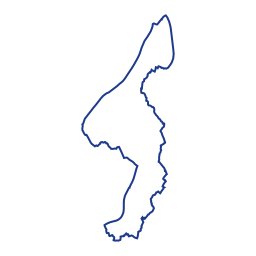 Ibadan North East, Oyo, Nigeria
{"feature_id": "59680162B74859155842016", "entity_name": "Ibadan North East", "entity_type": "district", "adm_level": 2, "iso_a3": "NGA", "parent_name": "Nigeria", "parent_adm1": "Oyo", "projection": "equal_earth", "projection_center": [3.928, 7.378], "detail": "fine", "context": "isolated", "style": "outline", "palette": "blue", "viewbox_px": 256, "rotation_deg": 0, "n_neighbors": 0, "source": "geoboundaries", "source_scale": "gbopen_adm2", "svg_char_len": 5858}
<svg xmlns="http://www.w3.org/2000/svg" viewBox="0 0 256 256"><path d="M165.8,15.4L165.4,15.5L165.1,15.6L163.3,16.9L162.1,18.7L161.8,19.4L161.6,19.3L161.4,19.2L157.3,24.4L156.3,24.4L155.0,23.9L154.3,23.6L154.1,23.5L153.7,23.5L153.2,23.7L152.8,24.0L152.5,26.6L151.7,28.8L150.7,31.4L147.6,36.5L144.9,40.4L144.5,41.0L141.6,47.8L139.8,53.4L139.3,54.6L137.8,57.8L136.5,60.2L135.7,61.5L135.2,62.5L133.6,65.3L131.4,68.8L127.5,74.6L125.1,78.3L122.9,81.1L121.9,81.9L121.1,82.7L120.7,82.9L119.0,84.3L117.2,86.0L108.8,92.4L106.4,93.4L103.2,95.8L101.0,98.2L96.3,104.3L93.7,107.4L90.0,112.2L87.8,114.9L87.8,115.0L84.8,118.8L83.3,123.3L83.0,123.9L82.4,124.4L82.6,124.8L82.7,126.1L82.4,128.0L82.3,128.9L82.4,130.0L82.6,130.6L83.3,131.6L83.6,132.6L84.5,134.0L85.0,134.7L85.4,135.0L85.8,135.0L86.5,134.9L87.7,136.8L88.2,137.8L90.8,142.7L91.4,143.4L91.9,144.0L94.9,146.3L95.5,145.8L96.6,145.5L97.2,146.0L97.8,145.9L98.7,144.9L100.3,143.6L100.2,143.0L101.0,142.2L102.5,142.1L103.1,142.6L104.1,142.5L104.7,142.0L105.5,142.2L105.9,142.9L106.3,143.4L106.9,143.2L107.8,144.1L108.2,145.3L108.8,146.5L109.9,147.3L111.2,148.9L113.1,148.9L114.8,148.5L116.3,148.8L117.1,147.3L119.0,146.9L119.6,148.1L121.2,151.5L123.3,156.2L124.0,158.0L125.5,157.7L126.9,157.6L127.4,157.9L129.4,159.7L132.8,161.8L134.0,162.9L134.5,163.6L135.2,164.3L136.0,165.0L137.4,165.9L136.4,168.8L134.7,174.9L133.6,178.6L132.2,182.0L131.1,184.0L129.7,187.0L129.6,187.7L129.0,187.8L125.5,194.6L124.9,196.0L124.2,198.9L123.9,200.6L123.8,202.8L123.8,208.6L123.6,211.0L123.3,212.8L122.7,214.3L122.0,215.8L121.1,217.3L119.8,218.6L118.1,219.8L116.1,220.7L113.6,221.3L110.9,222.0L108.9,222.7L106.4,223.9L104.5,225.1L104.6,225.7L104.9,226.4L105.4,227.6L105.8,228.5L106.2,229.0L106.4,229.4L106.5,229.7L106.4,229.9L106.2,230.7L106.2,231.0L106.4,231.4L106.5,232.1L106.8,233.0L108.1,233.1L108.5,233.0L109.2,235.0L109.2,235.4L109.5,236.0L110.3,235.9L111.3,235.6L112.0,235.1L112.4,235.1L112.7,235.9L113.2,236.4L113.9,236.8L114.2,237.4L114.2,238.1L114.0,239.2L113.9,239.5L113.6,239.8L113.5,240.1L114.2,240.5L115.0,240.6L116.6,240.5L118.5,240.6L119.1,240.4L120.2,240.0L120.3,239.9L120.5,239.1L120.6,237.7L120.6,236.6L122.1,236.2L122.8,236.3L123.3,236.3L123.7,236.2L124.1,236.0L124.0,235.5L124.1,235.3L124.8,235.0L125.0,234.8L125.8,233.8L126.2,233.4L126.4,233.4L126.5,233.6L126.9,234.5L127.1,234.7L128.0,234.2L128.2,234.3L128.3,234.5L128.7,236.1L128.8,236.3L129.1,236.3L129.7,236.1L131.1,235.6L131.5,235.5L131.8,235.6L132.2,235.7L133.0,236.1L133.6,236.7L134.3,237.3L136.0,238.0L137.1,238.3L137.5,237.1L137.8,235.9L138.0,234.6L138.3,232.0L138.6,232.0L138.8,231.5L139.0,231.3L139.8,231.1L140.7,230.6L140.7,229.3L140.8,228.8L141.1,228.5L141.3,228.0L141.5,227.9L141.6,227.4L141.7,226.7L141.4,226.3L141.5,226.0L143.3,222.1L142.9,221.1L141.5,218.6L142.5,217.2L143.5,218.7L144.2,218.0L144.7,218.8L144.9,218.7L145.9,217.5L146.9,216.3L148.0,214.6L148.5,214.6L149.0,214.2L149.7,213.2L152.4,211.4L153.0,210.3L153.8,208.5L153.9,208.1L153.1,206.5L152.8,206.1L152.4,205.9L152.2,205.7L152.1,205.1L151.7,204.6L151.6,204.2L151.8,203.6L151.7,203.3L151.4,202.6L151.2,202.5L151.1,202.1L151.1,201.8L151.2,201.2L151.2,200.9L150.8,199.7L150.9,198.8L150.9,198.7L151.2,198.5L151.6,197.8L152.2,197.0L152.5,196.6L152.5,196.2L152.6,195.9L153.0,195.4L153.3,195.2L154.1,195.1L154.6,194.7L155.0,194.7L155.4,194.3L156.3,192.4L157.4,192.1L158.0,191.6L158.3,191.5L158.9,192.3L159.1,192.3L159.5,192.6L160.2,193.3L160.3,193.2L161.6,191.0L162.7,189.6L164.0,187.5L164.2,187.4L162.6,186.5L162.8,186.1L163.4,184.5L163.8,183.9L164.6,182.7L165.3,181.9L165.8,181.3L165.3,180.5L165.1,180.7L164.9,180.6L163.2,178.9L163.7,177.7L164.6,176.5L165.5,175.4L166.8,174.1L166.4,173.2L165.5,170.7L165.0,170.9L164.6,168.9L164.0,167.7L163.6,167.3L162.9,166.5L159.6,162.4L159.4,162.1L158.7,161.9L158.7,161.6L158.8,160.8L159.2,159.8L159.2,159.1L159.1,158.0L159.1,157.3L159.3,155.9L159.5,155.2L159.4,154.2L159.5,153.9L160.4,152.5L160.7,151.2L161.2,150.1L160.9,149.4L160.7,149.1L160.7,148.9L160.7,148.5L160.9,147.7L161.0,146.6L160.7,145.8L160.8,145.4L161.6,145.2L162.3,144.6L163.5,144.1L163.8,143.4L164.1,143.2L164.9,142.9L165.1,142.7L165.0,141.9L164.4,140.5L163.9,138.8L162.9,136.4L162.5,135.6L161.7,133.2L161.1,131.9L160.6,131.3L160.5,131.0L160.6,130.6L160.9,130.1L161.2,129.8L161.7,129.2L162.5,127.8L163.0,127.4L163.8,126.8L164.2,125.1L164.1,124.9L164.1,124.7L164.3,124.2L164.3,123.9L164.2,123.6L164.0,123.4L163.9,123.4L163.6,123.5L163.4,123.7L163.0,123.8L162.8,123.7L162.7,123.6L162.7,122.8L162.1,121.8L161.8,121.6L161.4,121.6L161.0,121.2L160.5,120.2L160.0,119.4L159.6,119.0L158.7,118.5L158.5,118.3L158.3,117.6L157.6,116.6L157.1,116.0L156.2,115.3L155.9,114.8L155.7,114.3L154.8,113.3L154.6,113.0L154.1,111.8L154.3,110.0L154.3,109.5L154.1,108.4L154.0,108.0L153.7,107.7L153.5,107.4L153.1,107.1L152.7,107.2L152.3,107.2L152.0,106.9L151.6,106.5L151.3,106.3L150.9,106.1L150.6,105.8L149.9,105.5L148.9,105.4L148.4,105.2L148.1,104.6L148.0,104.2L148.0,103.7L148.1,103.2L148.1,102.8L148.0,102.1L147.9,101.9L147.5,101.2L146.8,101.0L146.2,100.7L146.6,98.0L145.9,97.4L145.4,95.7L144.6,93.9L144.1,93.4L143.6,93.2L143.4,93.2L143.0,93.0L142.5,93.1L141.3,92.7L141.1,90.0L141.1,88.5L141.9,88.6L142.0,87.3L142.4,83.5L142.6,82.4L142.7,82.1L142.9,81.9L143.2,81.8L144.0,81.2L144.1,80.8L144.2,79.2L144.7,79.0L145.1,78.8L146.6,77.7L147.7,75.9L147.7,75.7L147.5,75.3L147.9,73.9L149.3,72.7L149.7,72.3L150.1,72.7L150.3,72.7L151.1,71.2L151.4,70.6L151.6,69.8L152.5,70.5L154.7,71.6L155.0,70.9L155.3,70.1L155.9,67.2L156.7,67.5L157.7,68.2L158.5,66.3L159.0,66.4L160.8,67.1L161.4,67.9L162.6,67.8L162.8,67.9L163.5,68.5L163.9,68.7L164.5,68.4L165.1,68.3L166.3,68.6L166.6,68.5L167.2,68.1L167.8,67.9L168.3,67.5L169.5,65.8L170.6,64.4L171.8,62.3L173.2,58.5L173.7,53.8L173.2,48.7L170.8,28.6L170.3,25.9L169.5,22.9L169.0,21.2L168.4,19.9L167.9,18.8L167.7,18.3L167.5,17.7L165.8,15.4Z" fill="none" stroke="#1e3a8a" stroke-width="2"/></svg>